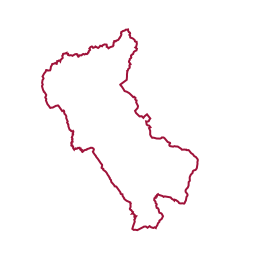 outline of Det Khi Na, Mandalay, Myanmar, rotated 55°
{"feature_id": "60261553B61671453611956", "entity_name": "Det Khi Na", "entity_type": "district", "adm_level": 2, "iso_a3": "MMR", "parent_name": "Myanmar", "parent_adm1": "Mandalay", "projection": "orthographic", "projection_center": [96.227, 19.679], "detail": "fine", "context": "isolated", "style": "outline", "palette": "rose", "viewbox_px": 256, "rotation_deg": 55, "n_neighbors": 0, "source": "geoboundaries", "source_scale": "gbopen_adm2", "svg_char_len": 5829}
<svg xmlns="http://www.w3.org/2000/svg" viewBox="0 0 256 256"><g transform="rotate(55 128 128)"><path d="M168.2,172.3L169.3,171.2L175.9,171.1L176.7,171.2L177.2,171.6L177.8,171.7L178.3,171.4L179.1,170.6L180.7,171.4L183.1,171.4L183.2,171.6L184.2,171.7L186.8,170.9L190.3,168.8L191.0,169.3L191.5,169.1L192.2,170.0L193.8,170.9L194.3,171.4L195.3,172.9L195.9,173.0L196.7,172.8L197.1,172.4L198.4,172.5L199.8,172.1L200.1,172.5L200.5,173.7L200.7,173.3L201.6,172.7L203.0,172.4L203.4,172.9L204.0,172.9L205.0,171.8L205.2,172.2L204.5,173.2L204.5,173.8L206.2,174.0L206.7,175.0L206.7,175.4L208.6,176.2L211.1,179.8L213.1,182.3L214.7,181.8L215.5,180.4L217.0,179.0L217.9,172.4L217.9,171.6L218.9,169.9L220.9,169.2L220.8,166.6L222.6,166.0L224.4,164.6L224.6,163.2L225.9,162.6L225.2,161.7L224.4,159.6L223.3,158.2L222.8,156.0L221.9,155.4L221.8,152.5L220.3,149.9L217.6,149.6L217.0,149.7L215.4,150.9L213.3,150.2L212.7,149.7L212.1,149.7L211.6,149.5L210.8,149.5L209.9,150.3L207.8,149.5L207.3,148.5L206.9,148.2L206.2,148.3L205.5,148.5L204.0,147.7L202.1,147.9L200.7,146.7L200.7,146.1L201.1,145.2L199.9,144.6L199.9,144.3L200.6,143.6L199.4,142.5L199.4,141.3L200.2,141.3L203.7,138.6L204.8,138.4L205.1,137.1L209.3,132.9L211.3,132.7L213.1,131.8L214.0,131.7L213.5,130.9L214.5,130.1L217.3,129.1L218.8,129.2L219.4,128.8L220.1,128.0L221.1,126.3L222.1,125.5L221.9,124.5L221.0,123.3L220.7,122.3L218.0,119.6L217.5,118.1L216.8,117.5L216.2,117.3L213.3,117.4L212.0,116.5L211.3,114.6L211.1,113.2L209.9,111.4L207.1,109.3L206.8,107.9L206.5,107.5L204.1,106.0L203.5,105.4L202.3,103.4L201.8,100.8L200.8,99.9L200.5,99.3L200.5,98.5L201.1,96.7L200.6,95.1L200.1,94.4L198.2,92.6L197.2,91.6L195.7,90.7L194.8,89.6L193.7,88.9L190.9,89.0L188.9,89.9L186.8,89.9L184.8,90.7L181.3,90.9L180.8,91.1L179.8,92.6L179.0,92.8L178.8,93.4L178.1,94.0L176.7,96.3L175.5,96.4L171.7,97.9L170.5,99.5L169.5,100.4L169.2,101.7L167.1,103.8L166.5,104.1L165.7,104.0L165.1,103.4L164.6,102.2L164.2,102.1L162.2,103.5L157.4,103.9L156.2,104.3L155.2,105.6L155.4,106.3L155.1,107.8L153.0,110.6L150.8,112.4L150.3,113.0L149.9,113.8L147.6,113.9L146.1,113.6L143.0,111.4L140.1,110.8L140.3,109.2L138.2,109.3L137.0,110.4L135.9,110.7L133.0,109.4L133.8,108.6L134.3,107.2L134.1,106.7L133.4,105.6L133.0,104.3L127.7,104.6L127.9,107.7L128.5,109.6L126.2,110.0L125.8,110.9L125.3,111.3L125.1,111.9L120.3,112.8L118.0,112.4L117.2,108.8L115.8,107.2L111.7,106.6L110.4,105.2L109.8,105.6L108.7,105.7L107.6,104.6L105.9,105.1L105.8,106.0L103.1,106.4L100.2,107.0L97.6,108.2L95.8,109.6L93.5,109.4L90.0,109.3L88.9,109.6L88.0,109.4L87.8,101.4L85.1,99.2L83.5,98.1L81.3,96.1L80.8,96.0L80.8,95.2L79.8,93.9L79.8,92.7L79.6,92.1L78.8,91.4L77.9,91.3L77.1,90.2L77.3,89.4L76.5,89.2L74.9,89.4L74.1,89.1L73.6,88.4L73.3,87.6L72.5,87.0L72.4,85.4L72.1,84.8L70.7,84.3L70.3,83.8L70.3,82.9L70.1,82.2L70.3,81.3L69.8,80.8L69.0,79.5L69.0,77.7L69.3,76.6L68.2,75.2L66.2,75.8L66.1,74.7L64.2,72.5L62.3,71.5L61.8,72.2L61.0,72.6L59.9,72.1L58.0,72.5L57.0,72.9L55.4,74.2L55.0,74.2L53.7,73.4L52.5,73.5L51.9,72.1L51.1,71.8L50.4,71.9L50.0,72.3L48.9,72.2L48.2,72.0L47.7,71.6L47.3,71.5L47.3,71.8L46.2,73.4L46.3,74.7L45.6,76.8L45.7,77.7L45.5,78.4L46.5,79.5L47.2,79.5L47.8,80.0L48.7,81.4L49.0,82.4L49.4,82.7L49.4,83.5L50.1,84.9L50.2,85.8L49.7,87.5L50.0,88.1L49.8,88.6L49.4,88.7L49.0,89.3L49.6,89.6L49.5,90.3L50.0,91.0L50.6,91.3L51.3,92.2L52.0,92.5L52.4,93.6L51.6,96.1L51.5,98.3L50.1,98.3L49.3,98.9L47.9,97.8L47.4,97.7L46.0,99.4L45.7,101.5L46.2,102.3L44.7,103.6L45.2,104.9L45.3,106.6L42.6,107.9L42.9,108.4L42.3,110.6L41.2,110.6L40.5,110.8L40.2,112.3L40.8,114.1L41.3,114.0L42.3,114.3L42.6,116.2L43.5,117.0L43.4,117.6L43.9,118.4L43.9,119.3L42.9,120.2L42.9,121.4L41.7,122.2L41.6,123.1L41.8,124.4L40.5,126.3L41.2,127.3L41.1,127.8L39.1,127.7L38.5,127.3L38.0,127.6L37.7,128.0L37.2,129.2L37.0,132.1L36.4,132.3L35.4,133.3L35.0,134.3L33.9,135.2L32.8,134.5L31.7,135.7L31.2,135.3L30.9,136.9L30.1,138.4L30.1,138.8L30.9,139.5L31.2,140.5L32.7,141.0L33.3,141.6L33.3,142.7L33.7,144.2L34.6,145.3L33.4,145.3L33.0,146.1L33.2,146.9L32.6,147.6L34.6,149.6L34.4,149.9L33.0,150.3L33.0,150.9L32.7,152.3L32.1,153.3L33.0,154.6L33.5,155.9L35.4,157.7L36.1,158.7L35.0,160.7L34.0,161.2L33.6,161.8L34.6,163.1L35.3,165.5L36.8,168.5L37.9,168.5L39.0,168.8L39.4,169.6L39.7,170.5L41.8,172.5L43.5,172.9L44.3,174.4L46.2,175.1L48.3,175.8L49.2,175.8L50.0,176.2L50.8,175.8L54.0,176.0L54.7,176.7L55.0,177.5L55.6,178.3L56.4,178.3L56.9,178.2L57.4,178.3L58.3,179.4L62.3,180.3L65.5,180.1L66.4,180.3L67.0,180.1L67.2,179.4L68.1,177.9L68.5,174.3L69.2,173.0L69.3,172.4L69.9,172.2L76.4,172.2L76.7,170.7L77.3,170.6L78.1,170.9L78.4,171.3L80.0,171.9L81.0,171.6L83.0,171.8L84.4,172.9L88.1,173.7L88.5,174.7L88.8,174.8L90.4,174.8L90.8,175.1L91.2,175.0L92.5,175.9L95.9,176.8L97.1,176.2L98.1,176.3L99.0,175.5L98.9,174.7L99.4,174.7L100.8,176.0L100.9,176.5L101.7,176.7L101.6,177.1L102.3,177.5L103.5,179.5L104.7,179.5L105.2,180.3L105.7,180.2L106.0,180.7L107.4,181.2L107.1,182.0L107.7,183.1L108.3,182.9L109.1,183.4L109.5,184.3L109.9,184.5L110.5,184.2L110.8,183.7L111.1,183.9L111.6,183.8L111.8,184.0L112.2,183.8L112.6,183.9L113.1,184.5L114.8,184.5L114.6,184.1L115.0,183.2L114.8,182.4L115.3,182.2L115.6,182.0L115.7,181.5L115.6,180.3L116.1,180.0L116.2,179.5L116.4,179.0L117.2,179.1L117.5,178.7L118.2,179.4L118.5,179.2L118.9,178.5L119.2,178.4L119.2,179.2L120.4,179.0L121.1,179.2L121.5,179.0L121.2,176.9L121.4,175.6L122.1,174.4L121.8,173.5L122.4,171.9L122.9,169.6L123.5,169.1L123.7,168.7L125.0,168.1L125.9,168.2L127.1,169.7L127.2,170.3L127.9,170.5L131.2,170.5L132.2,170.3L132.9,170.6L136.2,170.4L141.3,170.5L143.2,170.3L144.3,171.0L145.0,172.1L145.5,172.5L146.4,172.2L146.9,171.8L147.4,171.7L147.8,172.2L148.3,172.2L150.5,171.4L152.3,171.2L155.0,171.5L156.5,171.4L156.9,171.6L158.3,171.5L158.6,171.8L159.4,172.0L160.9,171.8L162.5,172.6L163.0,172.5L163.4,172.6L164.1,172.4L168.0,172.1L168.2,172.3Z" fill="none" stroke="#9f1239" stroke-width="2"/></g></svg>